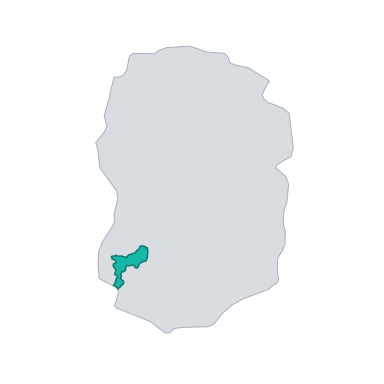 Valandovo on a map of North Macedonia (Equal Earth projection), rotated 108°
{"feature_id": "MKD-2994", "entity_name": "Valandovo", "entity_type": "Statistical Region", "adm_level": 1, "iso_a3": "MKD", "parent_name": "North Macedonia", "parent_adm1": "", "projection": "equal_earth", "projection_center": [22.539, 41.331], "detail": "fine", "context": "in_parent", "style": "filled", "palette": "teal", "viewbox_px": 384, "rotation_deg": 108, "n_neighbors": 0, "source": "natural_earth", "source_scale": "10m", "svg_char_len": 2764}
<svg xmlns="http://www.w3.org/2000/svg" viewBox="0 0 384 384"><g transform="rotate(108 192 192)"><path d="M174.3,98.4L180.4,99.1L193.8,95.4L202.2,90.3L206.4,89.6L212.1,87.6L220.2,87.9L228.4,90.1L238.9,87.2L249.2,82.4L253.3,83.6L257.7,87.6L260.7,88.8L277.7,110.3L287.1,119.0L298.1,125.6L310.7,130.4L315.2,135.1L323.3,158.1L327.2,166.8L332.5,169.4L333.8,171.9L334.0,175.2L328.1,191.4L325.7,227.7L324.2,230.6L317.9,230.4L309.5,231.2L306.3,234.0L302.9,253.6L289.4,259.2L277.2,262.4L266.8,261.7L248.7,257.0L242.8,256.5L237.7,259.2L221.5,260.5L214.3,264.0L197.5,286.9L180.6,294.8L174.8,298.8L161.8,293.8L155.6,293.3L146.6,299.1L127.0,299.7L121.7,300.7L106.5,301.6L105.9,298.5L103.1,293.8L96.1,291.7L81.6,293.5L78.1,290.2L72.4,270.7L67.8,267.5L62.7,261.0L54.1,239.9L54.0,230.6L54.6,222.6L50.0,203.7L53.0,198.9L57.6,195.9L57.7,188.3L56.5,176.7L62.1,154.1L63.5,152.5L64.9,153.6L77.8,155.4L81.1,152.5L83.3,148.0L84.1,131.5L87.3,123.9L118.6,109.4L127.7,108.8L134.7,115.5L140.3,119.8L143.6,119.6L144.9,115.3L148.7,107.1L155.1,102.4L174.1,98.3L174.3,98.4Z" fill="#d9dde1" stroke="#a8b0b8" stroke-width="1"/><path d="M307.1,232.6L305.9,233.7L304.8,237.8L304.6,237.7L303.3,237.3L302.5,237.2L301.6,237.0L300.6,237.0L299.8,237.1L299.0,237.2L298.4,237.2L297.1,236.9L296.0,236.7L295.2,237.2L294.6,238.2L294.6,239.0L294.3,239.9L293.6,240.2L291.9,240.2L289.6,240.1L289.1,240.9L288.3,242.2L287.3,243.5L286.4,244.1L285.5,244.4L285.3,244.4L284.8,244.4L283.7,243.7L283.5,243.2L283.2,242.7L281.3,242.8L280.8,243.6L280.7,244.6L280.5,246.4L280.5,247.1L279.7,247.7L279.0,248.2L278.6,248.6L278.4,248.6L278.2,248.6L277.6,247.7L277.1,246.8L277.1,246.1L276.7,245.5L275.8,245.2L275.8,244.0L275.8,242.5L275.1,240.4L274.6,239.1L274.6,236.3L274.6,234.9L274.4,233.9L274.0,233.7L273.2,233.7L272.0,233.2L271.2,232.5L270.2,231.0L268.4,228.9L267.5,227.5L266.8,226.9L265.6,226.8L264.2,226.1L263.1,224.9L262.3,224.8L261.3,224.7L259.8,224.6L259.7,224.5L259.2,223.9L258.6,222.2L258.4,221.0L258.5,219.6L258.7,218.6L259.0,217.7L259.2,218.0L259.6,218.0L259.8,217.3L260.2,216.5L262.9,215.5L265.0,215.0L267.8,214.3L269.8,214.2L271.3,214.4L271.9,214.6L271.8,215.0L272.6,215.8L273.5,217.1L274.7,218.4L275.8,219.4L277.1,220.0L278.5,220.0L279.3,219.9L280.4,220.1L280.9,220.5L281.5,221.4L281.5,222.1L281.0,223.0L280.2,224.1L279.8,225.2L279.8,225.8L280.3,226.9L281.3,228.4L281.8,229.4L281.9,230.9L281.9,231.5L282.7,231.6L284.2,231.6L285.3,231.5L286.1,231.3L286.5,231.1L287.3,231.1L288.1,231.8L289.3,233.0L289.3,234.0L290.1,234.2L291.4,234.2L292.4,234.2L293.1,234.0L293.6,233.3L294.2,232.9L294.9,233.0L295.3,233.6L295.9,233.6L296.2,233.3L296.9,232.4L297.5,230.9L298.1,229.5L298.9,229.1L299.7,228.8L301.0,229.2L302.8,230.2L305.0,231.3L306.7,232.3L307.1,232.6Z" fill="#14b8a6" stroke="#0f766e" stroke-width="1.5"/></g></svg>